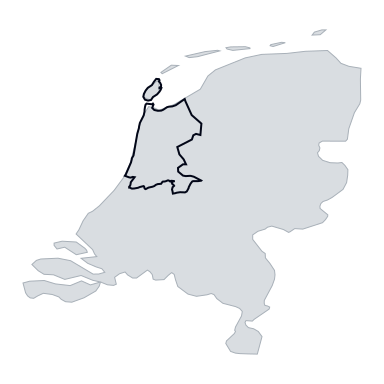 Netherlands, with Noord-Holland highlighted
{"feature_id": "NLD-3486", "entity_name": "Noord-Holland", "entity_type": "Province", "adm_level": 1, "iso_a3": "NLD", "parent_name": "Netherlands", "parent_adm1": "", "projection": "natural_earth1", "projection_center": [4.92, 52.678], "detail": "fine", "context": "in_parent", "style": "outline", "palette": "ink", "viewbox_px": 384, "rotation_deg": 0, "n_neighbors": 0, "source": "natural_earth", "source_scale": "10m", "svg_char_len": 4684}
<svg xmlns="http://www.w3.org/2000/svg" viewBox="0 0 384 384"><path d="M257.3,354.1L248.3,353.9L239.8,353.6L235.4,353.1L230.6,351.4L228.4,347.8L225.8,343.5L226.5,340.9L234.4,333.5L235.5,331.4L234.7,330.3L235.5,327.0L241.5,316.0L242.3,311.5L239.6,308.4L235.6,306.6L222.9,303.3L216.8,298.6L214.0,294.6L211.2,293.5L207.0,294.8L196.5,296.3L188.0,294.1L177.8,286.5L175.5,279.7L174.2,274.4L171.7,272.6L168.3,275.3L164.0,279.6L155.6,280.1L153.1,279.1L152.7,276.7L152.2,274.5L149.9,271.7L147.4,270.1L136.6,278.0L132.6,278.0L127.6,274.9L125.1,272.0L119.6,273.7L114.6,277.3L116.3,284.2L113.6,285.4L107.5,284.8L100.5,282.0L92.8,280.3L81.1,275.5L64.8,279.4L53.5,274.8L44.0,274.3L38.2,270.7L31.9,264.5L36.4,260.4L40.8,259.0L58.0,258.2L70.6,260.7L93.1,274.1L98.8,274.0L104.8,272.3L101.8,268.7L96.1,266.9L87.7,263.3L81.1,258.3L96.8,256.6L94.6,254.0L92.6,249.6L76.1,234.0L78.9,229.8L83.1,220.8L88.3,213.3L92.5,211.3L99.3,205.9L114.1,190.4L123.5,177.7L130.5,162.7L140.7,121.4L143.8,114.4L148.7,106.6L154.8,108.1L159.1,110.3L174.3,104.4L200.3,89.2L207.9,76.0L215.4,69.9L245.2,57.9L261.7,54.4L287.1,53.4L305.4,51.3L327.5,50.5L336.0,57.9L340.9,63.3L348.8,66.3L361.0,68.3L360.4,79.0L360.7,100.1L359.8,103.8L354.4,112.7L348.8,128.7L347.4,139.2L345.6,141.2L322.4,141.1L319.1,143.0L318.7,145.2L319.9,147.9L319.3,150.6L317.5,152.8L318.5,156.3L322.6,160.3L330.0,162.7L337.9,163.0L341.9,162.5L344.9,165.4L347.9,169.7L347.7,175.2L346.6,182.6L343.0,189.4L332.3,197.3L327.5,200.0L323.0,201.5L320.9,203.5L319.9,206.2L320.1,208.5L327.8,214.8L327.7,216.3L325.5,219.6L322.5,222.7L302.8,229.1L294.7,228.6L290.0,231.8L288.6,232.4L283.4,229.5L271.8,226.1L267.5,227.2L265.1,229.1L257.9,231.3L252.7,234.9L252.7,239.4L261.9,251.2L265.2,253.5L265.4,257.9L269.9,263.4L274.5,270.4L275.0,274.8L274.5,279.2L272.2,285.6L264.3,300.4L264.2,303.2L264.9,305.4L267.6,306.0L269.7,307.1L269.1,309.1L254.2,319.3L252.3,321.1L246.0,320.6L245.0,322.4L245.9,325.1L248.4,327.6L253.7,328.8L258.3,331.5L262.0,336.6L257.3,354.1ZM100.5,282.0L99.2,286.2L95.8,291.0L84.0,297.8L71.8,302.2L65.5,301.7L61.2,299.3L58.8,296.9L52.3,294.5L43.3,293.3L37.7,295.9L33.7,298.3L30.2,297.9L27.6,295.9L25.6,292.8L23.0,283.0L29.7,281.2L44.2,280.5L55.4,283.9L70.2,285.6L81.5,280.9L90.4,284.9L100.5,282.0ZM76.2,242.0L84.8,248.2L86.6,250.2L87.3,252.3L76.3,254.7L64.7,247.2L57.0,249.0L54.1,245.4L54.1,243.1L62.1,241.2L76.2,242.0ZM159.0,92.1L150.3,100.0L145.0,97.8L143.5,96.0L146.2,89.8L159.0,79.4L159.0,92.1ZM197.4,56.7L189.2,57.6L185.5,56.1L205.2,51.6L217.6,50.3L219.8,50.9L197.4,56.7ZM250.0,48.6L232.8,50.4L227.0,49.0L226.0,47.7L230.7,46.9L245.4,46.7L249.9,47.9L250.0,48.6ZM178.4,65.5L162.2,73.7L160.9,72.4L171.3,65.2L178.4,65.5ZM320.2,34.7L312.1,35.1L314.4,32.1L321.9,29.9L325.9,29.9L320.2,34.7ZM285.3,42.7L273.1,46.5L270.1,45.7L270.8,44.6L281.6,42.3L285.3,42.7Z" fill="#d9dde1" stroke="#a8b0b8" stroke-width="1"/><path d="M125.7,174.7L131.0,162.4L131.8,159.2L131.8,158.4L133.5,155.5L137.3,133.6L138.9,128.1L139.1,126.4L139.9,122.9L143.7,115.4L144.5,111.7L144.6,109.6L145.0,106.9L145.6,104.6L146.6,103.6L152.0,104.3L152.9,103.6L153.5,104.5L152.2,107.9L154.3,110.0L157.9,110.8L161.3,110.6L163.3,109.7L167.0,107.2L168.8,106.7L172.3,106.4L175.8,105.2L184.7,99.0L184.9,99.5L185.2,100.6L185.3,101.0L191.7,115.1L201.4,123.6L200.4,135.0L196.0,133.9L193.3,135.3L191.9,139.5L177.3,147.0L179.4,154.4L183.7,159.4L186.0,164.3L183.0,164.3L178.0,167.9L178.2,171.6L183.0,175.6L185.7,176.1L189.0,175.9L190.8,175.9L193.8,176.7L201.3,180.6L201.2,180.7L198.2,181.1L193.3,181.1L192.6,181.3L192.2,181.5L190.6,183.6L188.8,187.1L188.5,188.4L188.0,189.2L187.4,190.4L186.7,191.5L185.0,192.4L180.1,192.2L176.8,192.7L175.2,193.2L172.9,193.6L172.5,191.2L172.0,189.5L172.6,187.2L174.1,185.8L173.7,185.1L173.4,184.9L173.2,184.7L172.7,184.2L172.3,184.0L172.2,183.7L172.1,183.3L171.9,183.0L171.6,182.5L172.1,181.9L174.7,181.1L171.2,180.8L169.8,181.3L169.3,180.8L168.9,180.6L168.4,180.4L167.8,180.4L165.6,181.3L163.9,181.6L163.1,181.5L162.7,181.7L162.4,181.9L161.1,183.8L157.7,184.1L155.7,184.9L154.4,186.0L152.6,186.7L148.5,187.6L145.7,189.1L144.8,188.7L144.5,188.2L144.1,186.5L143.9,186.4L143.5,186.1L139.9,187.0L138.0,187.8L134.2,188.5L132.1,188.6L131.5,188.5L131.1,188.3L130.2,187.7L129.2,187.7L129.1,186.9L130.2,185.4L130.6,183.9L130.7,182.8L130.8,182.4L130.9,182.1L134.6,177.2L132.7,176.9L130.8,177.6L129.3,177.4L128.7,177.2L124.9,175.8L125.7,174.7ZM159.5,87.5L159.5,88.2L161.3,88.2L160.7,89.7L159.6,91.5L157.1,94.4L153.0,97.0L151.0,100.0L148.1,100.6L145.0,99.7L143.3,96.8L143.9,93.9L145.6,90.6L147.8,87.8L151.9,85.1L154.0,81.7L156.2,78.9L158.9,79.1L159.3,79.7L159.5,80.3L159.4,80.8L158.9,81.4L160.2,82.9L161.1,84.9L161.0,86.7L159.5,87.5Z" fill="none" stroke="#020617" stroke-width="2"/></svg>